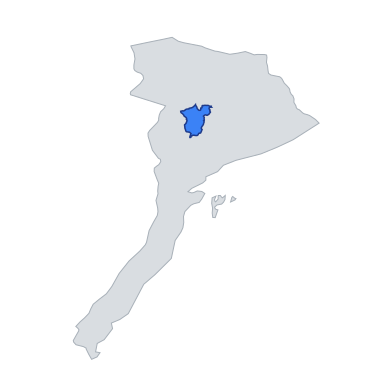 Mensura, Gash Barka, Eritrea (highlighted), rotated 84°
{"feature_id": "51966322B6823166627891", "entity_name": "Mensura", "entity_type": "district", "adm_level": 2, "iso_a3": "ERI", "parent_name": "Eritrea", "parent_adm1": "Gash Barka", "projection": "albers", "projection_center": [38.235, 15.48], "detail": "fine", "context": "in_parent", "style": "filled", "palette": "blue", "viewbox_px": 384, "rotation_deg": 84, "n_neighbors": 0, "source": "geoboundaries", "source_scale": "gbopen_adm2", "svg_char_len": 6964}
<svg xmlns="http://www.w3.org/2000/svg" viewBox="0 0 384 384"><g transform="rotate(84 192 192)"><path d="M40.3,237.5L38.9,223.7L38.0,214.5L37.1,204.8L36.1,195.6L40.6,189.9L42.7,184.6L48.0,167.2L50.1,163.7L54.3,154.4L54.9,151.7L59.0,140.0L58.7,132.2L57.9,124.3L60.1,119.6L62.1,115.9L62.0,112.7L62.9,105.4L63.6,103.5L66.0,103.4L70.9,104.4L74.6,103.7L78.7,103.7L82.0,103.5L83.9,101.3L86.6,92.7L88.3,91.0L89.6,90.4L93.3,88.9L96.4,86.4L99.0,84.6L100.0,84.2L102.7,84.0L105.4,83.0L106.7,81.7L110.1,80.8L113.5,81.3L115.7,80.3L117.3,79.6L119.0,79.5L120.5,78.5L121.2,77.0L122.2,76.0L124.8,73.8L126.0,72.2L126.6,70.6L127.1,69.3L128.2,67.1L132.8,61.6L136.8,58.4L150.6,86.0L156.3,102.4L161.3,119.4L165.1,145.0L168.7,158.0L174.4,164.4L178.3,176.6L181.7,177.0L184.1,180.4L188.3,191.8L191.3,196.0L192.9,192.3L192.7,190.2L191.5,186.7L192.5,182.2L194.8,179.4L200.1,183.1L203.1,185.9L203.9,191.5L205.1,194.6L210.7,201.1L215.4,203.0L221.5,203.4L226.6,204.8L230.7,207.2L238.4,213.8L255.9,219.5L270.2,237.3L278.7,249.6L306.3,268.1L311.2,277.0L313.9,285.9L319.6,285.3L329.7,294.8L332.7,302.1L340.9,304.6L342.2,300.3L346.1,303.7L347.9,309.3L342.7,311.6L337.0,313.7L336.2,313.6L334.4,316.2L331.8,323.3L328.9,325.4L327.3,325.6L318.3,319.2L316.9,318.9L315.0,320.2L313.6,321.6L309.3,316.7L306.2,312.3L301.9,307.2L297.7,304.9L293.3,302.0L288.8,295.2L284.3,287.8L277.7,281.7L265.3,272.9L254.0,261.8L245.3,250.1L239.7,244.0L237.3,242.5L225.9,238.7L217.9,233.4L211.8,229.0L208.0,227.9L204.4,227.8L196.6,228.7L190.2,226.0L187.5,226.0L183.2,225.2L179.8,224.2L175.8,225.4L167.7,227.5L164.3,227.0L162.5,224.3L161.4,222.2L158.6,219.9L156.2,220.0L154.9,221.9L146.4,227.0L132.2,229.8L128.8,229.6L126.3,227.6L119.1,219.0L117.0,217.6L115.4,217.5L112.0,216.5L108.9,214.8L106.2,211.3L103.5,209.3L100.5,216.2L95.3,228.2L92.5,234.6L88.9,242.9L87.7,243.1L85.9,242.5L78.8,232.2L74.4,228.3L71.0,228.6L68.6,230.5L67.0,234.0L65.3,236.1L63.5,236.9L59.6,236.5L53.7,234.8L47.5,235.1L41.2,237.4L40.3,237.5ZM207.5,168.5L209.4,171.1L210.8,170.8L211.8,169.9L212.5,168.1L219.9,171.6L219.5,174.0L215.1,174.1L210.1,173.2L205.4,173.6L199.9,172.6L198.6,168.6L202.1,170.5L204.0,170.0L204.3,169.5L201.8,166.8L198.2,166.3L198.5,164.1L200.0,163.3L201.0,162.3L198.9,159.3L202.9,160.0L205.4,161.7L207.1,163.8L207.5,168.5ZM204.4,150.1L206.0,154.7L201.5,152.9L200.7,152.0L202.7,150.1L203.1,149.0L204.4,150.1Z" fill="#d9dde1" stroke="#a8b0b8" stroke-width="1"/><path d="M105.5,179.4L105.6,179.5L106.0,180.0L106.3,180.2L106.5,180.5L106.7,180.8L106.8,180.9L106.9,181.1L107.0,181.2L107.2,181.5L107.5,181.9L107.8,182.5L108.0,182.9L108.1,183.2L108.2,183.6L108.3,184.2L108.3,185.0L108.4,185.7L108.5,185.9L108.5,186.1L108.8,186.2L109.0,186.3L109.1,186.5L109.0,186.8L109.0,187.1L109.0,187.3L109.0,187.6L109.0,187.8L109.0,188.2L109.0,188.5L109.1,188.8L109.1,189.2L109.3,189.6L109.4,189.8L109.6,190.2L109.9,190.4L110.1,190.8L110.2,191.2L110.5,191.7L110.5,191.8L110.5,192.1L110.4,192.4L110.3,192.7L110.3,192.9L110.3,193.3L110.4,193.7L110.4,194.4L110.6,194.7L110.6,194.8L111.0,194.8L111.3,194.7L111.7,194.7L112.0,194.5L112.3,194.3L112.4,194.0L112.7,193.7L112.9,193.5L113.1,193.3L113.3,193.1L113.9,192.7L114.3,192.4L114.6,192.3L114.8,192.1L115.1,192.0L115.4,192.0L115.6,191.9L115.9,191.7L116.2,191.3L116.3,191.1L116.6,190.9L116.8,190.6L117.1,190.3L117.3,190.1L117.7,189.9L118.1,189.7L118.4,189.7L118.6,189.7L118.7,189.8L118.9,190.0L119.0,189.9L119.3,189.8L119.5,189.8L119.7,189.7L119.9,189.5L120.4,189.5L120.5,189.5L120.8,189.7L121.1,189.7L121.2,189.8L121.4,189.9L121.5,190.0L121.9,190.1L122.4,190.4L122.7,190.5L122.9,190.6L122.9,190.8L123.5,191.2L123.7,191.4L124.0,191.8L124.1,192.0L124.3,192.3L124.5,192.4L125.7,192.4L126.1,192.3L127.6,192.4L127.8,192.4L128.1,192.3L128.3,192.2L128.5,192.2L129.0,192.1L129.3,192.0L129.5,191.9L130.0,191.9L130.5,191.8L130.7,191.7L131.2,191.5L131.3,191.4L131.5,191.1L131.6,190.9L131.7,190.6L131.7,190.4L131.9,189.4L132.1,189.1L132.2,188.3L132.7,187.8L133.3,187.3L133.6,187.1L133.8,186.9L133.9,187.0L134.1,187.1L134.7,187.4L134.9,187.5L135.4,187.7L135.7,187.8L135.8,187.9L136.1,188.0L136.4,188.2L136.9,188.3L137.1,188.4L137.4,188.4L137.5,188.4L137.5,188.2L137.4,188.0L137.4,187.9L137.6,187.8L137.6,187.7L137.4,187.4L137.2,187.3L137.1,187.2L136.8,187.2L136.7,187.2L136.4,187.2L136.2,187.2L136.1,186.9L136.3,186.9L136.2,186.5L136.2,186.3L136.0,186.0L136.0,185.9L135.8,185.8L135.8,185.7L135.7,185.5L135.7,185.3L135.6,185.1L135.6,184.9L135.7,184.7L135.7,184.3L135.8,183.9L135.8,183.7L136.0,183.4L136.1,183.0L136.1,182.9L136.1,182.7L136.2,182.4L136.3,182.2L136.3,181.7L136.3,181.0L136.2,180.9L136.2,180.6L135.9,180.2L135.4,179.8L135.3,179.7L135.1,179.6L134.9,179.5L134.5,179.3L134.5,179.1L134.4,179.0L134.3,178.2L134.2,178.0L134.3,177.8L134.3,177.7L134.2,177.3L133.9,177.1L133.7,176.9L133.4,176.8L133.2,176.7L132.9,176.4L132.6,176.4L132.3,176.2L132.2,176.1L131.8,175.9L131.5,175.7L131.1,175.6L130.9,175.5L130.8,175.8L130.6,175.9L130.2,175.9L130.1,176.0L129.8,176.1L129.6,176.1L129.1,176.0L128.5,175.7L128.3,175.5L128.2,175.5L128.1,175.4L127.7,175.1L127.5,174.9L127.2,174.5L127.0,174.4L126.9,174.3L126.7,174.2L126.4,173.9L125.9,173.6L125.7,173.5L125.5,173.4L125.4,173.4L124.7,173.2L124.1,172.8L123.7,172.7L123.4,172.6L123.2,172.7L122.9,172.7L122.7,172.8L122.4,172.9L122.4,172.6L122.2,172.4L121.9,172.3L121.7,172.3L121.6,172.2L121.4,172.2L121.1,172.3L120.9,172.4L120.7,172.4L120.4,172.4L120.1,172.3L119.9,172.2L119.6,172.0L119.4,172.0L119.1,172.1L118.1,172.6L117.9,172.7L117.6,172.6L117.5,172.4L117.4,172.3L117.4,172.1L117.0,171.7L116.9,171.2L116.7,170.9L116.7,170.7L116.7,170.4L116.7,170.2L116.9,169.9L117.0,169.8L117.1,169.6L117.3,169.1L117.3,168.9L117.2,168.6L117.0,168.3L116.9,168.0L116.8,167.7L116.7,167.4L116.4,167.1L116.3,166.9L116.0,166.6L115.7,166.5L115.4,166.2L115.2,166.0L115.1,165.9L114.9,165.7L114.7,165.4L114.4,165.3L114.2,165.4L114.0,165.5L113.7,165.8L113.3,165.8L112.9,165.6L112.6,165.6L112.6,165.8L112.4,165.8L111.9,165.7L111.5,166.1L111.3,166.2L111.0,166.3L110.8,166.3L110.3,166.2L110.2,166.2L109.8,165.6L109.8,165.4L109.7,165.0L109.6,164.7L109.5,164.4L109.5,164.2L109.7,163.9L109.7,163.7L109.1,164.2L108.7,164.0L108.6,164.5L108.7,164.8L108.6,165.2L108.5,165.5L108.4,165.7L107.8,166.4L107.7,166.6L107.7,166.8L107.5,167.2L107.5,167.5L107.5,168.0L107.4,168.4L107.4,168.6L107.3,169.0L107.2,169.5L107.2,170.0L107.1,170.5L107.1,170.8L107.2,171.3L107.3,171.5L107.2,171.7L107.2,171.8L107.1,172.1L107.1,172.3L107.1,172.6L107.5,173.0L107.9,173.1L108.0,173.1L108.5,173.1L108.8,173.2L109.2,173.3L109.3,173.4L109.4,173.6L109.4,173.9L109.4,174.1L109.4,174.3L109.4,174.5L109.6,174.6L110.3,174.6L111.0,174.7L111.2,174.8L111.4,175.0L111.5,175.1L111.6,175.4L111.6,175.6L111.5,176.0L111.5,176.4L111.4,176.6L111.2,176.9L111.1,177.0L110.5,177.4L110.1,177.7L109.8,178.0L109.5,178.1L109.1,178.2L108.9,178.2L108.8,178.3L108.6,178.3L108.3,178.3L108.2,178.3L107.8,178.4L107.7,178.5L107.4,178.7L106.9,178.9L106.7,179.0L106.2,179.2L105.9,179.3L105.6,179.4L105.5,179.4Z" fill="#3b82f6" stroke="#1e3a8a" stroke-width="1.5"/></g></svg>